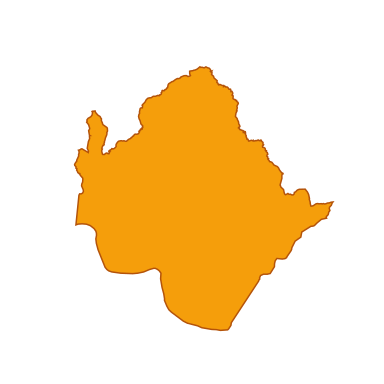 outline of Córdoba, Bolívar, Colombia, rotated 122°
{"feature_id": "7082276B35551918348685", "entity_name": "Córdoba", "entity_type": "district", "adm_level": 2, "iso_a3": "COL", "parent_name": "Colombia", "parent_adm1": "Bolívar", "projection": "albers", "projection_center": [-74.927, 9.535], "detail": "fine", "context": "isolated", "style": "filled", "palette": "amber", "viewbox_px": 384, "rotation_deg": 122, "n_neighbors": 0, "source": "geoboundaries", "source_scale": "gbopen_adm2", "svg_char_len": 6028}
<svg xmlns="http://www.w3.org/2000/svg" viewBox="0 0 384 384"><g transform="rotate(122 192 192)"><path d="M142.9,64.0L142.4,64.8L141.2,65.0L139.9,64.6L138.7,64.6L136.5,65.4L134.7,65.2L133.2,66.9L131.9,67.3L129.4,66.8L127.2,67.3L125.8,67.2L127.0,68.7L128.4,69.7L129.7,71.4L131.0,72.2L132.0,73.4L132.2,74.5L133.2,75.3L133.3,76.1L134.8,78.1L135.1,79.2L136.2,80.5L139.5,82.0L140.6,83.1L140.9,83.8L138.8,85.9L138.1,86.3L135.9,88.8L135.3,88.9L132.4,91.7L130.9,94.0L129.6,97.5L132.9,102.5L133.9,103.3L135.1,103.9L137.0,104.2L138.1,105.0L139.1,104.5L139.9,104.4L141.0,104.8L141.7,106.1L141.6,107.2L142.6,108.5L142.4,109.9L144.0,110.7L144.8,111.4L144.5,112.5L143.6,113.6L141.4,115.7L140.7,119.3L139.7,120.4L139.5,121.0L132.8,123.0L130.6,124.4L129.4,124.9L129.0,124.9L128.3,124.4L127.9,125.1L128.2,126.0L127.0,129.4L125.7,131.4L125.2,133.1L125.7,136.7L124.5,139.9L124.7,140.7L124.6,141.2L125.1,142.3L124.3,143.5L124.1,144.8L123.8,144.9L123.2,144.8L123.2,145.8L122.1,146.3L122.0,147.5L120.8,148.0L119.8,147.7L118.6,149.1L118.5,150.3L118.3,150.6L117.6,150.8L117.9,151.3L117.8,151.9L116.9,152.4L116.2,153.3L116.2,154.7L116.6,155.8L115.4,156.7L114.5,156.3L114.0,156.3L114.0,157.0L112.3,158.1L112.1,159.9L111.4,160.6L111.5,161.2L112.5,161.4L112.6,161.6L112.6,162.2L112.9,162.5L112.8,163.5L114.0,164.1L114.2,164.6L114.7,165.0L114.7,165.3L115.8,166.3L116.2,167.1L115.8,167.5L116.4,167.7L116.7,169.1L118.7,170.7L118.7,171.2L118.2,171.6L117.6,172.8L118.1,173.3L116.7,174.8L116.5,175.4L115.5,175.9L115.0,177.0L114.3,177.3L114.1,178.2L113.3,178.1L112.6,178.8L112.9,179.5L114.0,179.6L114.4,180.0L114.1,180.3L113.6,180.2L113.4,180.7L112.9,180.7L112.9,181.5L113.5,183.1L113.2,183.8L113.7,184.6L113.0,185.8L113.0,186.6L112.3,186.6L111.8,186.1L111.0,186.1L110.2,187.0L109.6,188.3L107.8,189.8L106.4,192.1L105.8,192.6L105.2,194.2L105.2,194.8L104.9,195.2L101.9,196.5L99.4,196.8L99.5,197.3L96.6,198.2L95.7,199.2L94.8,199.5L92.5,199.6L91.6,200.5L91.5,202.2L90.8,202.6L91.1,203.2L90.8,203.7L91.1,204.0L90.8,204.6L91.2,205.8L91.1,206.7L88.7,208.0L88.6,209.4L87.1,209.5L86.2,210.2L85.5,211.5L86.2,212.2L85.6,212.5L84.4,213.8L84.5,214.2L85.1,214.8L85.2,215.3L84.5,216.6L84.3,217.7L85.1,219.2L84.8,219.5L84.9,220.3L85.7,220.9L84.9,221.1L84.8,221.5L85.6,222.5L86.0,225.4L87.0,225.9L86.9,226.7L86.0,227.6L85.9,229.0L84.3,229.6L83.6,233.8L82.4,235.1L82.0,237.6L81.2,237.8L79.7,238.6L79.9,238.9L80.3,238.9L80.2,239.3L79.6,239.8L79.1,239.7L79.5,240.1L79.9,240.0L80.0,240.3L79.1,240.5L78.5,241.2L78.0,242.4L77.9,243.1L78.4,244.7L78.5,246.5L80.3,247.5L80.9,249.7L81.7,250.5L81.6,251.6L84.9,252.7L86.8,253.9L88.0,255.2L88.6,255.5L90.5,257.8L90.8,258.0L93.1,256.5L94.1,255.0L94.9,255.4L96.2,256.6L96.2,258.3L97.5,260.3L100.4,262.4L100.9,262.3L102.0,262.7L102.9,263.4L103.6,264.6L105.6,265.7L108.3,266.7L108.9,267.4L112.5,269.1L113.6,269.1L116.6,268.0L117.2,268.5L118.6,268.4L119.5,269.2L120.6,269.1L121.1,269.6L121.3,270.6L121.8,271.1L123.5,270.5L124.0,270.7L124.1,270.4L125.5,270.0L126.7,270.6L126.8,270.9L127.8,270.9L128.1,272.1L130.2,273.7L131.4,275.6L133.7,276.6L134.9,278.2L136.0,279.2L138.0,279.7L140.9,279.5L144.3,280.3L144.9,280.2L144.9,279.7L146.9,278.7L147.7,279.8L148.6,280.2L152.0,279.0L152.9,278.2L154.6,278.0L156.2,277.4L158.0,275.6L158.9,274.0L161.4,271.3L162.0,268.9L162.9,268.5L163.0,268.2L163.4,268.5L164.7,268.1L164.6,267.8L164.9,267.7L164.9,268.0L165.5,268.2L165.3,268.6L166.1,268.9L166.3,268.4L166.5,268.4L166.5,268.6L168.6,269.2L168.7,268.7L168.1,268.4L170.9,268.3L172.2,269.3L173.0,270.8L173.8,271.3L175.6,271.3L176.2,271.9L177.9,272.0L178.1,272.4L179.2,272.5L181.0,273.7L183.7,274.5L184.3,275.4L184.6,276.9L185.4,277.6L186.0,279.2L187.5,280.9L188.1,281.3L189.7,281.6L191.6,281.6L192.6,281.3L193.4,280.5L194.5,280.5L196.3,281.0L197.3,281.8L197.4,282.4L197.8,282.6L197.8,283.0L198.6,283.0L199.5,283.5L200.0,283.4L200.4,283.7L200.3,283.9L201.0,284.2L201.3,284.1L201.2,283.3L201.7,283.6L201.6,283.8L201.8,283.9L202.0,283.7L201.8,283.0L203.5,282.7L204.0,283.4L204.0,284.6L204.3,285.2L205.2,285.8L206.5,286.1L207.4,287.4L207.4,287.9L205.7,289.8L204.5,290.6L203.1,290.8L203.1,291.4L201.8,291.9L199.6,292.2L199.3,291.7L198.4,291.6L197.7,292.3L196.4,292.5L196.0,292.9L194.9,293.1L191.9,294.1L188.7,294.6L187.4,295.2L186.7,295.8L185.7,295.8L185.0,296.0L182.9,297.5L182.4,298.2L182.1,303.1L181.8,303.7L180.9,304.6L179.5,306.7L177.9,307.6L177.6,308.6L177.1,309.2L176.7,310.1L176.7,312.5L175.9,315.1L175.6,316.0L174.6,317.2L175.3,317.8L176.0,318.9L176.5,319.2L176.5,320.0L177.3,318.4L179.8,317.5L181.8,317.7L184.7,319.2L186.7,319.3L187.5,318.4L188.6,318.4L189.7,315.4L192.2,312.5L193.0,312.2L194.7,312.2L197.3,309.9L198.2,309.0L198.2,308.6L198.4,308.9L199.1,308.5L201.0,307.1L204.1,306.6L210.5,304.0L212.1,301.5L213.5,300.9L213.7,308.2L214.3,308.9L215.3,309.2L216.7,310.4L216.9,309.8L218.9,308.3L220.0,308.2L221.6,307.2L226.1,306.6L227.2,306.0L228.2,306.3L230.8,306.2L231.6,305.5L232.1,303.7L233.3,303.1L233.3,301.9L234.6,301.4L235.1,300.3L236.1,299.0L236.0,298.2L236.3,297.6L235.9,296.9L236.4,296.6L237.1,295.4L238.1,292.1L238.9,291.4L241.6,290.0L243.6,289.7L245.3,288.9L247.7,285.5L249.0,284.4L251.0,284.2L252.4,285.1L253.1,286.3L254.6,286.2L281.4,273.0L279.6,271.6L277.2,268.3L275.2,264.4L274.4,260.4L274.9,255.7L276.2,252.7L277.6,251.2L279.4,250.0L282.7,248.7L286.2,245.9L290.7,241.1L301.9,225.8L302.8,223.1L303.0,220.9L302.3,217.7L298.6,209.4L292.7,199.1L289.6,195.0L285.4,190.6L280.3,187.0L277.0,184.0L276.2,182.7L276.1,181.9L275.9,180.3L276.2,177.9L277.3,175.3L282.3,172.6L288.7,166.9L293.3,162.0L297.1,158.7L298.5,157.9L302.2,152.7L304.1,149.2L304.8,145.9L306.1,130.9L305.7,126.4L302.5,116.3L301.9,111.8L298.1,102.5L295.8,98.4L294.3,94.6L290.0,88.7L288.7,88.4L284.5,88.3L282.0,89.4L232.3,88.3L231.3,88.6L229.9,88.4L229.0,89.2L226.5,89.6L223.8,87.8L221.9,84.7L219.7,82.5L211.7,82.5L209.1,84.0L206.2,85.0L203.4,84.8L201.0,79.9L199.2,77.8L197.6,77.0L196.5,77.2L189.4,76.9L187.9,77.1L186.4,77.8L179.0,78.5L172.6,75.8L167.8,77.7L158.1,73.0L156.8,71.3L155.6,70.4L151.7,69.5L146.6,67.8L142.9,64.0Z" fill="#f59e0b" stroke="#b45309" stroke-width="1.5"/></g></svg>